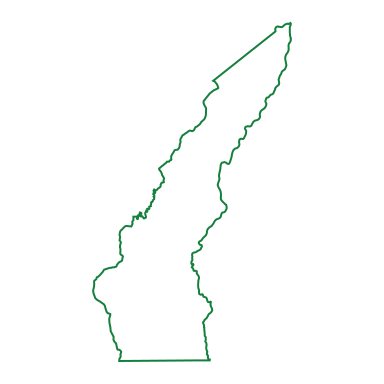 the district of Moju, Pará, Brazil
{"feature_id": "56859067B36583280657778", "entity_name": "Moju", "entity_type": "district", "adm_level": 2, "iso_a3": "BRA", "parent_name": "Brazil", "parent_adm1": "Pará", "projection": "natural_earth1", "projection_center": [-48.984, -2.536], "detail": "fine", "context": "isolated", "style": "outline", "palette": "green", "viewbox_px": 384, "rotation_deg": 0, "n_neighbors": 0, "source": "geoboundaries", "source_scale": "gbopen_adm2", "svg_char_len": 6043}
<svg xmlns="http://www.w3.org/2000/svg" viewBox="0 0 384 384"><path d="M213.2,80.8L214.8,81.6L216.6,83.8L217.5,85.4L218.3,87.9L217.9,88.4L213.8,90.3L209.9,93.3L203.7,101.0L203.5,102.3L203.7,103.4L204.1,104.6L206.0,108.0L206.1,108.6L205.9,114.9L205.5,116.5L204.8,118.3L204.2,119.3L201.1,122.2L199.9,124.2L197.0,126.5L195.4,127.2L194.1,129.9L193.2,130.8L192.0,131.1L190.1,130.6L189.3,130.7L185.9,133.2L184.6,133.9L184.1,134.5L182.5,135.4L180.6,138.9L180.3,139.7L180.3,140.4L180.6,141.6L180.5,142.4L179.7,144.7L179.8,145.5L179.2,147.7L177.9,149.5L176.8,149.8L175.5,149.9L174.9,150.1L174.4,150.6L173.5,152.3L172.1,154.4L171.3,156.0L171.1,157.5L171.4,159.5L171.1,160.0L169.9,160.4L169.1,161.6L166.9,161.7L166.1,162.9L164.6,163.9L162.9,165.5L162.3,165.7L160.4,167.5L159.1,168.5L159.3,169.8L160.8,171.5L161.8,173.6L162.1,175.0L164.0,178.1L164.0,178.7L163.5,180.5L163.9,182.1L163.2,182.5L161.9,182.6L161.2,183.4L160.7,184.5L160.6,186.2L160.2,187.0L157.5,189.0L157.0,189.7L156.2,190.4L155.2,190.2L154.2,189.5L153.5,190.6L153.7,191.2L154.1,191.8L155.1,192.2L155.2,192.8L154.6,193.3L153.4,193.4L153.3,194.3L153.9,194.8L154.3,195.3L154.4,196.1L153.6,196.7L154.3,197.8L154.1,199.2L153.0,200.1L152.7,200.7L152.7,201.5L152.3,201.9L151.6,202.0L151.1,202.4L151.1,204.2L150.8,204.8L150.9,206.1L149.2,206.7L149.4,208.0L149.3,208.6L149.0,209.1L147.7,208.7L147.2,208.8L147.4,211.1L147.0,211.7L146.1,211.0L145.7,212.1L145.3,212.6L145.2,213.9L146.0,216.9L145.9,217.5L144.3,218.4L143.8,218.4L142.3,216.3L141.0,216.5L140.6,215.9L141.4,213.7L141.4,213.1L140.6,212.6L139.9,212.5L139.8,213.1L139.5,213.8L139.9,215.3L139.3,215.9L138.2,215.3L137.7,215.9L138.0,217.0L138.0,217.6L138.0,218.4L137.7,219.0L136.9,218.7L137.1,217.5L137.0,216.7L133.4,216.7L133.4,220.3L132.4,221.4L132.2,222.5L132.6,223.6L132.5,224.1L131.3,226.5L126.9,226.0L126.1,226.0L125.0,226.4L122.9,228.4L122.1,229.4L121.0,230.3L120.3,231.2L119.9,232.5L119.5,235.2L119.8,235.7L120.1,236.8L119.6,240.5L120.6,241.7L120.9,242.6L120.3,244.4L120.0,246.2L120.0,247.4L120.3,248.2L120.5,250.6L120.3,251.6L120.3,253.9L120.7,254.5L122.4,255.6L122.9,256.3L122.3,258.9L122.1,260.5L120.8,261.5L119.0,262.3L117.3,264.4L116.7,265.4L116.6,266.1L116.1,266.7L114.1,267.3L112.5,267.3L111.5,267.8L110.5,267.7L108.9,268.1L104.2,269.6L103.6,270.4L102.9,271.7L100.0,275.0L97.9,276.9L96.8,277.3L96.3,279.0L95.7,279.7L94.4,280.6L94.1,281.4L94.2,284.7L94.0,286.7L93.1,290.7L93.5,293.2L95.3,298.2L97.4,300.1L99.5,301.2L104.0,304.4L104.9,305.9L105.5,308.4L106.6,311.8L107.6,313.0L110.3,314.1L110.2,315.4L109.2,318.9L109.5,323.1L110.4,327.5L110.7,331.2L113.6,336.8L113.5,339.9L114.5,341.9L115.8,343.1L116.1,343.6L117.2,348.9L117.6,349.6L119.0,349.7L120.3,350.4L121.2,351.8L121.1,352.4L120.4,354.7L120.7,356.2L120.3,357.4L119.4,359.0L119.2,361.0L197.4,360.4L209.7,360.4L209.8,359.5L208.4,359.3L207.8,357.1L208.0,356.0L207.8,355.3L207.0,354.5L206.9,353.9L207.3,351.8L206.6,350.1L206.3,348.9L206.2,347.3L206.6,345.1L206.3,343.0L205.5,341.9L205.3,341.2L205.8,339.9L205.7,337.1L204.9,336.1L204.7,335.4L204.7,333.5L204.4,330.4L204.2,329.7L204.4,327.7L204.0,327.2L204.0,326.6L204.1,325.4L203.0,322.9L203.1,322.2L203.7,321.7L204.6,319.9L206.7,318.0L207.1,317.4L208.6,314.4L209.0,313.9L210.4,313.0L211.6,311.6L212.2,310.3L212.1,308.9L210.6,305.6L210.6,303.4L210.9,302.0L210.4,301.7L209.8,302.1L209.3,302.2L208.3,302.1L207.8,301.8L207.3,300.6L207.0,299.3L206.3,297.7L205.8,297.4L203.5,296.7L202.6,294.4L202.1,294.2L201.1,294.7L200.6,294.7L199.4,294.1L199.1,293.4L199.0,291.9L199.1,290.9L198.6,288.6L198.3,288.0L198.1,285.1L198.4,280.4L199.0,278.2L198.9,276.9L198.3,275.6L196.9,273.7L196.7,273.1L196.8,271.8L196.7,271.2L194.9,270.7L194.3,270.9L193.7,270.7L193.5,270.2L193.2,268.8L191.8,267.2L193.3,265.1L193.4,264.4L193.0,264.0L191.9,264.4L191.4,263.6L191.5,262.6L191.3,262.0L192.3,260.2L192.4,259.4L192.1,258.0L192.4,256.8L192.1,255.2L192.2,253.9L192.5,253.4L193.4,252.7L195.4,252.3L196.5,251.8L197.5,251.0L199.5,250.1L200.8,249.0L201.2,247.7L201.8,246.8L201.9,246.2L201.8,245.7L201.5,245.1L200.3,244.9L199.8,244.6L198.8,243.1L198.8,242.6L199.0,242.0L199.9,241.2L201.4,240.4L203.2,237.8L205.8,235.4L206.6,233.9L206.9,232.6L206.9,231.3L207.1,230.6L207.6,229.4L207.9,228.9L209.2,227.5L211.6,226.0L213.5,223.4L214.5,221.4L215.6,220.0L217.0,219.1L218.6,218.6L219.5,218.1L220.4,217.3L220.9,216.2L221.3,214.4L221.9,212.9L222.4,212.6L223.5,212.4L224.9,211.8L226.2,209.7L226.6,208.5L226.7,207.1L226.1,204.7L225.5,204.5L222.8,201.8L221.5,200.3L220.9,199.2L220.8,198.1L221.0,194.5L220.7,191.8L220.0,189.9L218.7,187.8L217.7,185.1L217.9,184.0L219.4,179.3L219.4,178.0L219.1,176.9L219.0,175.5L219.4,173.0L220.3,169.1L220.6,165.8L220.9,164.5L221.4,163.4L221.9,162.8L224.3,162.1L225.8,162.5L227.5,163.8L228.6,163.9L229.1,163.7L230.1,161.7L231.6,156.8L232.0,154.2L232.6,151.9L233.5,150.0L235.0,148.6L236.7,148.2L238.1,147.2L238.8,146.3L239.3,145.1L239.4,144.3L239.1,142.4L239.1,141.2L239.6,139.4L241.0,138.7L242.7,139.0L243.3,138.9L243.8,138.4L244.6,136.7L245.7,134.6L246.0,133.3L246.2,131.2L246.1,130.6L245.1,129.1L245.0,128.5L245.2,127.4L245.6,126.9L247.7,126.2L249.9,126.5L250.4,126.2L251.3,125.7L253.0,122.4L253.7,121.5L254.8,120.7L257.7,119.9L259.2,118.7L259.8,117.6L260.0,116.5L259.8,114.6L259.8,113.8L260.4,111.9L261.0,110.9L261.8,110.1L264.4,108.4L265.2,107.3L266.1,105.6L266.4,103.8L265.4,101.6L265.4,100.9L266.4,98.1L266.7,97.7L267.9,97.5L268.9,96.9L269.9,95.5L270.9,94.7L272.4,94.2L273.5,93.2L274.0,91.5L274.7,90.4L275.2,89.2L275.2,88.5L275.6,87.7L276.3,86.8L278.7,84.9L279.2,83.5L279.1,82.4L278.6,79.6L280.0,75.5L280.9,74.4L281.9,71.7L282.9,70.7L284.7,69.5L285.3,68.5L286.2,66.1L286.4,65.3L285.3,59.4L285.2,57.3L286.0,54.8L287.4,52.9L288.3,51.0L288.7,49.7L288.5,45.4L289.0,43.4L290.0,42.4L290.9,40.0L290.6,38.9L290.9,38.5L289.9,35.3L290.1,34.8L289.8,32.7L289.8,27.3L289.9,26.6L290.7,24.9L290.8,23.6L290.3,23.0L289.3,23.7L288.5,24.0L288.0,23.7L287.4,23.7L286.9,24.0L285.8,24.2L285.2,24.4L282.2,27.0L281.2,27.1L279.7,26.8L279.2,26.9L277.9,26.4L276.8,26.8L276.0,27.3L275.2,28.9L275.5,31.4L213.2,80.8Z" fill="none" stroke="#15803d" stroke-width="2"/></svg>